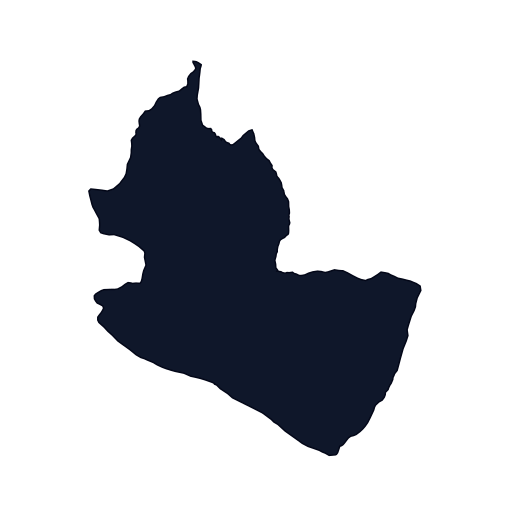 the district of Mafinga Township Authority, Iringa, United Republic of Tanzania, rotated 297°
{"feature_id": "72390352B55502751216619", "entity_name": "Mafinga Township Authority", "entity_type": "district", "adm_level": 2, "iso_a3": "TZA", "parent_name": "United Republic of Tanzania", "parent_adm1": "Iringa", "projection": "robinson", "projection_center": [35.272, -8.362], "detail": "fine", "context": "isolated", "style": "filled", "palette": "ink", "viewbox_px": 512, "rotation_deg": 297, "n_neighbors": 0, "source": "geoboundaries", "source_scale": "gbopen_adm2", "svg_char_len": 5137}
<svg xmlns="http://www.w3.org/2000/svg" viewBox="0 0 512 512"><g transform="rotate(297 256 256)"><path d="M260.9,102.1L258.8,101.8L251.1,98.6L246.4,94.1L244.7,89.0L242.4,82.8L240.7,78.4L240.1,78.2L238.0,77.6L234.2,80.6L232.2,82.4L229.1,85.1L228.8,85.4L227.6,86.4L226.2,87.9L225.5,88.6L224.2,90.6L222.8,92.6L221.1,95.0L220.3,96.2L218.1,99.4L215.2,101.2L212.6,102.7L210.1,103.7L207.9,104.6L206.3,107.1L206.7,110.0L208.2,115.5L210.4,119.3L210.7,119.8L212.0,127.3L212.3,129.2L212.5,136.9L212.1,141.6L211.4,147.3L209.7,154.1L208.5,155.4L208.3,155.5L208.0,155.8L204.3,157.2L203.9,157.5L201.1,159.7L197.9,162.2L194.7,162.4L191.9,162.6L188.5,163.4L185.7,164.3L185.4,164.4L184.1,164.8L181.3,165.4L179.5,165.2L179.4,165.2L179.0,165.1L177.3,161.3L175.4,158.3L175.2,156.9L174.2,154.1L171.4,152.3L167.6,150.5L163.7,147.7L162.0,145.2L160.9,143.0L159.9,141.1L158.3,138.3L157.0,135.9L154.9,133.9L151.8,131.9L149.2,130.4L147.1,130.0L144.5,131.5L143.1,133.6L142.0,135.9L142.1,138.6L142.0,142.1L140.4,143.9L138.4,144.0L138.0,144.0L135.2,143.8L132.4,143.2L129.7,142.8L127.1,144.1L125.5,146.2L124.7,149.1L123.8,152.6L121.7,158.3L120.2,164.0L117.6,171.5L116.7,177.1L115.4,185.7L113.6,194.1L113.3,199.5L113.9,203.2L114.0,206.2L114.5,212.5L114.2,217.5L114.4,223.0L114.9,227.4L115.3,229.5L115.7,232.1L116.6,236.5L118.2,242.4L118.9,245.1L119.3,252.4L120.5,256.9L121.7,261.9L122.6,267.0L123.6,274.6L123.5,277.2L123.0,277.3L123.2,279.5L121.6,284.4L121.5,285.1L120.6,293.2L119.0,299.4L119.2,322.8L119.2,328.8L119.2,332.8L117.4,343.7L116.2,347.3L115.9,352.0L113.3,361.3L111.1,376.1L110.3,381.1L110.1,382.2L110.0,388.9L110.7,393.8L111.6,400.6L111.5,404.0L111.8,407.3L111.6,411.7L113.9,415.4L114.7,416.7L115.0,417.1L115.8,417.7L117.8,418.0L121.4,417.5L124.5,417.0L125.8,418.3L127.5,419.2L129.6,419.7L133.5,420.4L135.9,420.9L138.4,422.2L140.3,424.4L142.4,426.2L146.7,428.3L150.3,429.6L153.1,430.3L154.0,430.5L158.2,431.1L163.6,431.1L169.6,430.9L172.2,430.8L175.0,430.2L177.4,430.2L181.7,431.7L184.8,433.8L185.8,434.0L188.4,434.4L191.1,434.1L193.0,433.3L193.3,433.2L196.9,434.3L198.8,434.0L201.5,433.9L204.0,434.2L208.1,433.9L209.8,433.2L212.4,433.1L214.1,432.9L218.1,433.7L224.3,432.4L230.7,431.0L240.2,429.1L248.5,428.4L252.7,427.7L254.0,427.5L258.9,424.1L263.4,423.2L272.9,421.6L279.1,421.6L282.3,421.2L283.1,421.1L286.1,419.9L291.9,418.6L298.6,418.5L300.1,418.5L303.7,415.9L303.8,415.1L304.2,411.3L303.9,408.1L303.7,404.8L302.8,401.2L301.9,397.1L300.6,392.4L300.6,388.5L300.3,384.4L300.5,381.7L299.7,378.8L298.4,374.7L294.9,373.0L291.0,370.7L288.1,368.9L285.7,366.2L283.9,364.9L282.7,360.4L282.3,356.7L282.3,351.3L282.5,345.2L282.4,342.8L282.3,340.1L281.8,339.1L280.6,336.2L280.4,335.6L279.3,332.2L276.9,329.8L275.1,328.0L274.9,327.9L272.7,325.2L272.1,322.8L271.8,321.3L270.4,317.7L267.6,313.8L267.5,313.7L264.5,310.6L261.4,308.2L259.6,305.9L258.7,304.4L258.2,303.1L258.2,302.2L258.2,300.1L257.7,297.9L258.1,295.9L256.2,293.2L255.3,291.1L253.9,289.8L253.2,287.2L253.3,285.4L252.7,283.5L252.1,281.6L253.1,281.8L254.5,279.0L257.6,277.2L260.7,274.7L264.7,273.9L267.2,273.0L269.4,273.0L271.4,272.0L274.4,271.1L277.3,270.8L279.7,270.2L281.6,270.4L283.6,271.6L285.5,273.0L287.4,273.5L288.6,274.0L289.8,274.7L291.1,274.6L293.2,273.7L295.1,272.7L296.7,271.8L297.9,271.3L299.5,271.3L300.9,271.0L304.0,268.4L306.1,267.6L307.2,266.7L309.4,266.3L312.2,264.7L314.8,262.7L317.6,261.2L319.1,260.4L321.2,258.1L322.3,255.7L323.2,254.2L323.9,253.1L324.9,252.5L325.7,251.7L326.6,251.2L327.6,249.8L328.7,248.1L330.8,246.7L332.7,245.2L334.1,243.2L335.5,241.0L335.9,239.8L336.6,238.3L338.6,236.7L339.7,235.6L339.9,235.4L340.6,231.8L341.8,230.1L343.9,229.2L345.5,226.3L346.9,224.4L347.5,221.1L348.7,218.0L350.2,215.5L351.1,212.7L352.3,210.1L354.9,208.2L355.8,206.3L357.0,204.1L358.4,202.5L360.8,201.0L364.0,198.4L364.4,197.8L366.6,195.2L364.1,192.7L357.5,189.9L354.4,189.4L351.6,188.1L347.3,186.2L344.6,184.9L343.5,183.2L343.5,181.9L344.2,180.6L343.9,179.1L343.9,177.1L345.2,174.7L345.4,172.1L343.7,172.3L344.1,171.7L344.6,170.7L345.1,169.6L345.3,167.8L344.3,167.5L344.3,166.5L345.0,165.5L346.1,164.4L346.9,163.0L346.6,161.4L346.9,160.0L348.2,159.3L349.0,157.8L347.8,155.6L347.4,153.8L347.9,151.4L348.2,149.5L348.2,149.3L348.1,149.2L351.9,145.3L357.3,142.4L361.0,140.2L363.0,138.5L364.9,135.9L369.1,132.1L372.7,130.6L379.6,128.5L383.5,126.8L387.1,125.2L388.9,124.4L391.3,123.6L394.6,122.4L397.6,121.2L400.5,120.7L401.6,120.3L402.0,117.0L402.0,114.8L401.6,113.3L400.9,111.5L399.9,112.0L398.4,114.2L397.1,116.0L395.9,117.2L394.1,117.2L391.6,116.6L389.0,115.2L385.4,114.5L382.7,114.7L381.1,115.8L378.4,117.2L375.3,117.4L373.8,115.4L371.4,114.2L368.1,112.8L365.4,109.8L363.1,107.8L361.0,106.7L359.1,104.5L356.1,101.8L353.8,98.7L351.7,97.7L347.8,97.3L343.9,97.4L339.8,96.4L336.9,94.8L334.8,91.6L331.4,91.1L327.7,90.1L325.1,89.9L323.2,90.5L321.2,91.8L319.0,93.4L316.8,93.3L314.8,92.3L313.4,92.2L311.6,92.9L310.0,94.0L308.3,93.8L305.9,92.9L304.9,92.5L302.5,92.4L300.3,93.9L299.5,94.4L297.9,95.3L297.6,95.5L294.2,96.6L291.2,98.1L286.8,99.6L283.5,99.7L279.3,99.8L275.0,101.5L270.6,102.9L269.9,103.0L266.5,103.1L266.2,103.1L260.9,102.1Z" fill="#0f172a" stroke="#020617" stroke-width="1.5"/></g></svg>